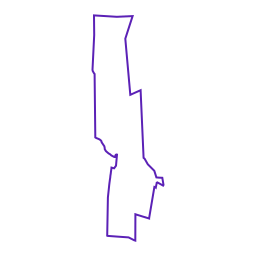 outline of Santo Domingo Chihuitán, Oaxaca, Mexico
{"feature_id": "50627088B14972424911021", "entity_name": "Santo Domingo Chihuitán", "entity_type": "district", "adm_level": 2, "iso_a3": "MEX", "parent_name": "Mexico", "parent_adm1": "Oaxaca", "projection": "equal_earth", "projection_center": [-95.174, 16.63], "detail": "fine", "context": "isolated", "style": "outline", "palette": "violet", "viewbox_px": 256, "rotation_deg": 0, "n_neighbors": 0, "source": "geoboundaries", "source_scale": "gbopen_adm2", "svg_char_len": 1172}
<svg xmlns="http://www.w3.org/2000/svg" viewBox="0 0 256 256"><path d="M132.6,16.1L116.8,16.8L94.0,15.4L94.2,35.0L92.5,69.8L92.7,70.9L93.9,73.1L94.6,74.0L95.3,137.4L96.2,138.0L97.2,138.4L98.7,139.0L99.8,139.6L100.7,140.3L101.4,141.2L101.7,142.4L102.2,143.1L103.4,144.9L104.3,146.2L104.6,147.5L104.7,148.4L104.8,149.3L105.3,150.1L105.5,150.3L105.8,151.0L106.8,151.9L107.5,152.5L108.7,153.5L110.0,154.2L111.3,155.4L112.4,156.0L114.3,157.0L115.3,157.0L115.6,156.7L115.3,155.8L115.7,154.9L116.3,154.5L116.7,154.5L117.0,154.6L116.0,165.7L114.1,168.3L112.2,167.8L111.5,167.6L111.3,169.5L111.0,171.4L110.7,173.9L110.5,175.0L110.3,176.5L110.3,176.9L110.1,178.4L109.8,180.3L109.8,180.5L109.5,182.6L109.2,185.1L109.0,187.1L108.8,189.0L107.9,197.5L107.2,235.7L107.7,235.9L118.7,236.7L128.6,237.4L134.3,240.3L135.3,240.6L135.4,214.3L149.1,218.5L149.1,218.2L149.2,217.7L154.4,186.9L155.7,187.4L155.8,187.5L156.6,183.5L156.7,182.8L157.3,182.4L159.2,183.4L163.1,185.6L163.5,184.9L162.3,177.8L158.4,177.6L156.4,177.4L154.3,170.8L147.8,164.3L144.6,158.7L143.6,157.9L143.5,156.4L143.5,156.0L140.6,90.2L130.3,94.8L125.3,38.7L132.6,16.1Z" fill="none" stroke="#5b21b6" stroke-width="2"/></svg>